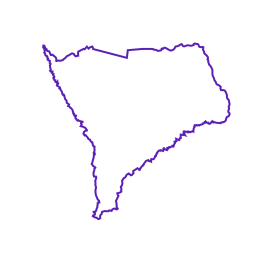 the district of Angonia, Tete, Mozambique, rotated 10°
{"feature_id": "85939544B12573256040215", "entity_name": "Angonia", "entity_type": "district", "adm_level": 2, "iso_a3": "MOZ", "parent_name": "Mozambique", "parent_adm1": "Tete", "projection": "mercator", "projection_center": [34.103, -14.769], "detail": "fine", "context": "isolated", "style": "outline", "palette": "violet", "viewbox_px": 256, "rotation_deg": 10, "n_neighbors": 0, "source": "geoboundaries", "source_scale": "gbopen_adm2", "svg_char_len": 5789}
<svg xmlns="http://www.w3.org/2000/svg" viewBox="0 0 256 256"><g transform="rotate(10 128 128)"><path d="M218.4,107.2L218.5,106.6L218.8,106.3L220.4,106.0L220.6,105.6L221.6,105.3L222.9,103.9L223.0,101.9L223.4,100.1L225.1,98.8L225.7,97.2L225.5,96.0L224.1,94.9L223.8,94.1L224.2,91.5L224.1,90.7L223.6,90.1L223.5,88.8L223.9,87.8L223.9,87.0L223.6,86.0L223.1,85.2L222.9,84.1L221.9,82.4L220.8,82.0L220.0,80.1L219.6,78.1L217.3,74.7L215.8,74.1L212.9,74.5L212.1,72.8L212.2,71.6L211.9,71.1L209.5,69.9L208.1,69.7L207.2,68.9L206.5,67.5L204.9,66.0L204.1,64.3L202.0,61.2L200.9,55.7L198.4,52.5L196.9,51.5L195.4,48.6L195.3,47.3L194.4,46.6L194.7,45.1L194.4,44.5L193.1,43.1L190.2,41.2L189.5,39.5L188.2,37.7L188.3,36.1L188.1,35.3L187.0,35.2L186.3,35.7L184.3,35.7L183.8,35.4L182.8,33.6L182.0,33.2L180.4,33.4L179.1,33.2L178.2,33.9L178.2,35.0L177.4,35.2L176.7,35.8L175.7,36.1L173.3,36.1L171.9,36.3L169.1,37.9L167.9,37.7L166.4,36.1L165.8,36.2L162.9,38.7L160.7,39.5L160.0,41.6L159.2,42.9L157.7,43.9L156.8,44.3L155.7,44.2L151.0,42.6L149.8,42.6L148.7,44.0L148.0,43.7L147.4,44.0L147.2,45.7L144.8,46.7L143.7,46.8L142.8,46.4L140.7,46.2L139.6,46.4L138.7,45.8L128.6,47.6L114.3,51.4L114.7,59.1L80.0,56.3L79.2,54.5L78.7,54.0L76.5,55.2L75.4,56.7L73.4,55.0L71.6,58.0L70.5,57.8L65.8,61.4L65.7,62.5L66.4,65.5L65.4,65.7L64.1,66.5L62.6,65.6L61.9,64.5L59.9,64.2L56.7,67.0L55.6,67.6L53.5,70.7L52.7,71.3L52.0,72.5L49.6,73.5L47.4,73.8L45.8,74.5L45.6,74.4L45.5,72.5L44.5,71.0L41.2,69.1L40.5,69.0L39.8,69.5L39.2,69.5L37.1,66.2L35.3,66.2L34.5,65.4L34.1,64.5L33.0,64.1L31.3,61.5L30.3,61.5L30.4,63.2L31.4,64.2L32.0,65.4L32.6,65.9L32.7,67.5L32.4,68.3L33.4,69.1L33.9,70.5L34.9,71.2L35.6,71.1L36.2,71.7L36.1,72.2L36.4,72.5L36.4,73.0L37.3,73.5L37.4,74.2L37.0,74.6L37.1,74.8L39.4,75.5L39.5,77.2L39.9,78.0L40.5,78.1L40.7,78.3L40.2,80.0L40.6,80.8L40.6,81.5L41.7,83.5L41.9,84.8L41.8,85.0L41.4,84.9L41.3,85.0L42.0,85.8L43.9,85.5L44.0,86.0L43.4,86.6L43.5,87.0L44.6,87.8L45.2,87.8L45.0,88.8L46.0,89.6L46.6,90.4L46.5,91.1L45.8,91.4L46.1,92.4L46.9,92.8L47.1,93.5L48.2,93.7L48.2,94.4L48.5,95.1L49.3,95.0L50.1,96.0L50.5,95.0L50.7,95.8L51.5,96.1L51.2,97.2L50.7,97.7L50.6,98.5L53.8,99.8L54.2,100.5L53.8,101.1L54.6,101.3L54.9,102.0L56.1,103.2L57.0,104.5L57.4,106.0L58.3,106.7L58.6,106.2L58.9,106.2L59.8,107.3L59.9,108.0L61.2,110.6L62.5,111.4L63.0,112.2L63.0,112.8L63.4,113.9L65.8,115.0L65.3,116.8L66.2,116.7L67.2,117.8L68.5,118.4L70.2,119.8L70.9,121.5L71.4,121.9L71.3,122.7L72.4,123.4L72.2,124.1L72.7,124.4L73.3,125.4L73.7,125.6L74.1,124.8L74.7,124.9L74.4,126.3L74.6,127.6L75.6,128.1L75.8,128.7L77.0,129.5L77.7,128.9L78.7,129.5L82.1,129.7L82.1,130.2L81.1,130.6L80.9,131.0L80.9,131.6L81.8,132.7L81.1,134.4L83.5,134.6L86.0,135.3L88.0,137.3L87.9,137.7L87.3,137.7L86.6,138.0L85.3,139.6L85.4,140.3L85.1,141.0L85.4,141.9L86.7,142.8L87.0,142.3L87.5,142.4L90.2,144.6L90.6,145.4L91.6,146.0L92.7,146.1L93.6,147.7L95.4,148.3L95.6,149.4L96.2,150.0L96.3,150.8L97.0,151.8L98.3,152.1L98.4,152.8L98.2,153.4L98.9,155.1L98.8,156.6L99.1,157.4L98.5,158.6L98.9,159.1L99.7,159.0L99.9,159.7L99.7,160.3L99.1,160.4L99.3,163.9L99.0,165.6L98.9,168.3L98.5,169.7L100.6,171.7L102.0,172.1L102.7,172.7L102.0,173.8L102.2,174.8L101.8,178.0L102.3,180.5L103.0,181.7L104.9,181.4L105.4,182.6L104.9,186.1L105.5,187.4L105.8,189.8L106.9,192.2L106.7,195.3L107.2,196.6L107.3,197.7L108.6,200.7L109.7,202.0L110.2,203.2L112.1,204.7L112.2,205.4L111.9,205.8L112.6,206.4L111.1,207.4L111.5,209.0L111.3,209.7L111.6,211.1L111.0,213.6L111.1,214.6L110.3,216.3L109.4,216.1L108.7,216.7L110.3,217.9L110.4,219.1L108.8,220.2L108.7,221.0L110.7,221.7L112.6,221.8L114.5,222.8L115.2,222.7L116.3,221.5L115.8,219.5L116.3,218.0L117.0,217.1L117.0,215.1L119.8,213.7L120.9,213.8L123.2,213.3L123.8,212.4L126.1,212.5L126.4,212.3L126.5,211.2L127.7,210.1L129.2,209.7L130.7,210.2L131.7,209.7L131.8,209.0L131.0,208.7L130.5,207.9L130.4,206.2L129.8,205.2L129.9,204.4L128.8,202.0L130.4,196.5L129.5,195.6L128.8,194.2L131.2,193.0L132.5,191.8L132.0,190.4L132.2,189.3L131.1,187.2L131.9,185.9L132.1,183.3L131.3,181.0L132.6,178.0L133.3,177.6L134.3,176.2L134.6,174.6L135.1,174.0L136.6,172.7L137.1,173.3L138.2,173.4L139.1,174.1L140.1,173.5L140.8,172.2L141.3,171.7L140.5,169.6L144.3,166.0L146.4,167.0L146.5,167.3L146.9,167.1L147.1,166.4L146.9,165.7L147.6,165.1L148.2,163.3L148.9,162.8L149.2,162.5L149.2,161.9L149.8,161.5L149.7,160.8L151.4,157.4L153.5,156.1L154.1,156.8L154.9,156.6L155.3,157.0L156.0,156.9L156.6,157.1L156.3,155.7L156.3,154.6L158.3,154.4L158.8,154.0L159.6,151.8L159.5,151.1L160.4,150.7L160.3,149.4L160.6,148.3L161.1,148.0L160.9,147.2L162.4,144.8L163.7,144.8L163.9,144.2L164.3,144.1L166.5,144.6L166.9,143.3L166.4,142.0L166.7,141.7L167.2,141.7L168.1,142.6L170.4,143.0L170.7,142.4L170.1,140.8L170.3,140.7L171.3,140.8L171.7,139.7L172.2,139.6L172.7,139.9L174.1,138.7L174.7,137.8L175.2,137.9L175.7,138.5L176.0,138.4L176.3,136.0L176.9,134.7L176.2,133.4L176.6,133.2L177.2,133.4L178.0,132.5L177.5,131.9L177.6,130.8L177.4,130.3L180.1,131.0L180.6,131.0L180.8,129.2L181.8,128.7L181.3,127.2L181.1,125.4L182.0,125.5L182.9,124.9L183.6,125.4L184.8,125.1L185.4,125.2L184.5,124.2L184.5,123.5L184.1,123.4L183.4,122.4L183.6,121.6L184.0,121.5L184.7,121.9L185.2,121.6L186.3,121.5L186.9,121.3L187.2,121.8L187.8,121.3L188.0,121.7L188.6,121.7L189.0,121.5L189.0,121.1L190.4,121.2L190.9,120.6L193.0,120.2L192.5,119.5L192.8,119.2L192.9,117.7L192.7,117.0L193.4,115.6L193.0,115.0L193.2,113.7L194.0,113.8L194.7,113.2L195.6,113.6L196.0,113.2L196.6,113.2L197.3,112.7L198.0,113.0L198.9,112.1L200.6,111.4L201.1,110.8L201.2,110.2L202.0,110.1L202.2,109.6L202.9,109.4L202.7,108.6L203.2,108.4L203.3,108.1L204.4,108.9L205.1,109.1L205.7,108.9L206.1,109.3L206.4,109.1L206.7,109.6L207.4,109.8L208.5,109.1L209.1,107.6L209.5,107.6L209.7,107.1L210.1,107.3L210.3,106.8L211.2,107.7L212.1,107.2L213.4,107.5L218.4,107.2Z" fill="none" stroke="#5b21b6" stroke-width="2"/></g></svg>